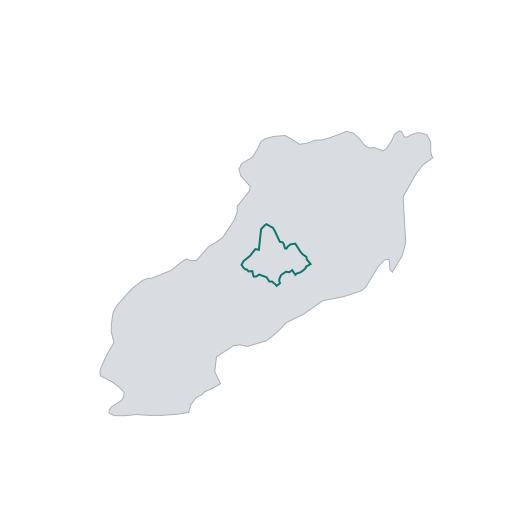 location of Elbasan, Elbasan, Albania, rotated 236°
{"feature_id": "67620474B34590160208903", "entity_name": "Elbasan", "entity_type": "district", "adm_level": 2, "iso_a3": "ALB", "parent_name": "Albania", "parent_adm1": "Elbasan", "projection": "albers", "projection_center": [20.009, 41.064], "detail": "fine", "context": "in_parent", "style": "outline", "palette": "teal", "viewbox_px": 512, "rotation_deg": 236, "n_neighbors": 0, "source": "geoboundaries", "source_scale": "gbopen_adm2", "svg_char_len": 2176}
<svg xmlns="http://www.w3.org/2000/svg" viewBox="0 0 512 512"><g transform="rotate(236 256 256)"><path d="M170.0,155.2L170.4,148.2L172.1,137.2L171.2,133.5L172.2,127.2L169.1,118.8L163.9,112.7L169.0,102.0L176.4,89.1L183.3,78.8L191.5,68.1L197.0,57.9L203.0,49.1L208.0,46.4L210.5,48.3L211.8,52.1L211.5,63.6L213.2,67.5L216.7,70.4L224.1,69.0L232.3,66.2L243.3,60.2L245.2,60.5L249.3,63.7L257.8,77.5L263.5,89.7L274.6,93.8L280.9,98.5L288.9,105.7L292.8,113.0L298.4,135.1L299.1,148.5L297.6,154.6L296.2,156.2L291.4,178.1L292.6,189.2L292.6,196.5L288.4,199.4L285.6,204.0L290.3,222.2L289.8,229.9L290.0,238.8L298.4,259.1L303.4,265.3L307.8,268.3L313.6,286.9L316.9,290.1L330.6,288.2L337.3,290.2L340.0,294.6L340.7,297.6L339.9,308.1L343.4,316.1L348.1,324.3L348.1,329.4L345.1,337.7L339.7,347.4L332.5,351.2L324.4,354.4L320.7,361.9L318.8,369.9L315.2,375.9L313.0,382.4L309.7,395.6L308.9,400.5L303.5,405.4L295.0,407.4L287.4,407.8L282.3,410.1L279.7,414.7L274.8,418.3L271.9,420.0L272.0,424.0L275.5,432.4L279.6,439.2L279.7,444.7L277.7,446.2L271.5,445.6L270.2,447.6L269.5,453.7L267.8,458.9L265.3,462.1L260.8,465.6L252.7,464.5L245.0,459.3L241.0,457.6L238.7,457.8L238.1,445.0L234.8,435.0L222.7,411.0L183.4,387.6L174.2,377.0L170.3,368.2L166.3,359.9L170.2,359.7L174.0,361.8L178.9,364.4L180.9,360.2L178.8,351.1L168.9,329.8L168.2,323.9L173.2,306.2L181.6,286.3L181.2,262.1L183.8,243.9L181.1,232.0L179.8,217.5L185.9,198.2L191.0,193.4L194.2,187.4L194.5,166.8L183.1,157.1L170.0,155.2Z" fill="#d9dde1" stroke="#a8b0b8" stroke-width="1"/><path d="M220.0,260.6L222.9,261.6L224.4,263.2L226.2,266.3L226.2,272.1L223.9,274.5L224.0,278.1L218.4,278.1L218.7,280.0L217.6,283.8L217.7,287.9L218.3,290.7L219.2,291.4L218.8,296.7L224.9,296.2L227.1,297.3L231.7,295.5L235.1,295.2L244.2,295.5L246.3,291.3L246.1,287.5L245.1,285.3L246.1,284.3L250.4,285.7L252.5,285.7L254.5,283.7L265.9,285.5L269.9,285.8L276.5,282.4L276.6,280.7L275.4,275.2L259.5,261.8L262.1,259.4L259.4,251.0L258.7,242.8L256.8,239.1L253.7,239.0L250.9,239.6L249.8,241.0L247.4,241.1L245.5,244.5L242.0,243.0L240.2,242.6L238.9,244.8L238.8,248.3L232.6,252.8L227.4,252.8L225.7,255.1L221.1,256.3L219.7,256.4L220.0,260.6Z" fill="none" stroke="#0f766e" stroke-width="2"/></g></svg>